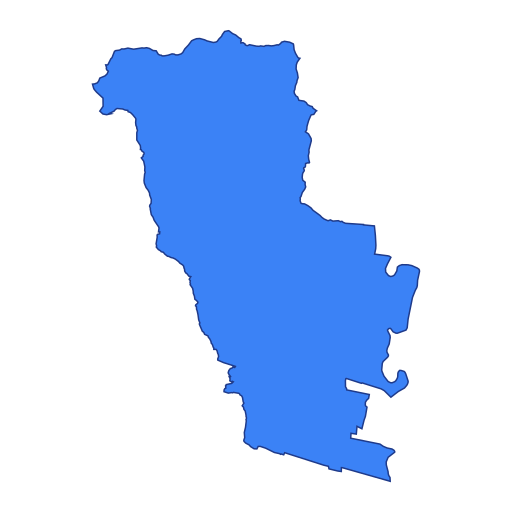 outline of Saulesti, Gorj, Romania
{"feature_id": "2599482B57041086191744", "entity_name": "Saulesti", "entity_type": "district", "adm_level": 2, "iso_a3": "ROU", "parent_name": "Romania", "parent_adm1": "Gorj", "projection": "mercator", "projection_center": [23.467, 44.815], "detail": "fine", "context": "isolated", "style": "filled", "palette": "blue", "viewbox_px": 512, "rotation_deg": 0, "n_neighbors": 0, "source": "geoboundaries", "source_scale": "gbopen_adm2", "svg_char_len": 6013}
<svg xmlns="http://www.w3.org/2000/svg" viewBox="0 0 512 512"><path d="M388.2,473.5L388.1,471.8L386.3,464.9L386.2,461.9L388.1,457.3L394.7,452.2L394.7,451.4L394.0,450.3L392.0,449.0L387.2,448.0L385.5,447.3L383.2,446.3L380.0,444.1L350.7,438.2L351.0,433.3L356.3,434.1L357.0,426.3L361.9,428.8L364.1,420.0L365.4,416.4L367.0,407.1L365.6,405.9L365.3,405.0L365.4,402.2L366.7,400.2L368.6,398.4L369.3,394.5L346.7,389.9L346.6,388.6L345.5,386.8L345.4,380.6L345.9,378.6L346.5,378.5L361.4,383.3L362.1,382.9L381.2,388.9L384.3,390.7L390.9,397.2L398.3,391.5L404.5,388.0L406.8,385.3L407.6,383.8L408.1,382.1L408.1,381.1L405.8,374.0L405.0,372.3L404.1,371.4L400.8,370.4L399.6,370.4L398.4,371.8L397.9,373.1L397.7,376.8L397.3,378.2L395.9,380.6L394.7,381.7L392.0,382.8L390.5,382.7L388.1,381.5L384.0,376.2L381.9,371.1L381.7,369.8L382.3,363.4L383.1,361.5L387.6,357.2L388.4,355.9L388.4,354.9L387.0,352.3L386.8,350.5L387.4,348.0L389.2,344.0L390.2,337.5L390.0,335.5L387.8,331.1L387.5,330.0L387.8,329.6L388.7,328.6L390.1,328.3L390.8,328.7L393.1,331.8L396.0,333.2L397.4,333.2L406.0,330.1L407.2,327.8L408.1,319.1L412.5,297.4L415.3,290.3L416.8,287.6L417.3,285.6L417.6,280.2L419.5,271.5L419.4,270.1L418.9,269.2L417.2,268.0L411.8,265.6L408.0,264.8L402.0,264.7L399.3,265.6L397.4,267.1L396.8,271.0L394.6,274.8L393.6,275.6L392.3,276.2L390.6,276.5L388.5,275.6L385.7,272.1L385.5,268.4L387.5,263.8L390.9,257.3L389.3,256.2L387.8,255.8L374.6,254.1L375.7,248.8L375.9,245.2L375.4,235.6L374.4,225.9L363.5,224.9L363.5,224.5L345.5,223.3L343.1,222.3L341.9,221.3L340.6,221.7L338.3,220.7L332.9,221.1L330.4,219.9L328.2,220.7L327.4,220.5L324.1,219.0L321.8,217.3L320.1,215.5L313.0,210.3L311.0,207.9L307.8,205.6L304.6,203.9L301.8,203.6L300.9,203.1L300.1,200.7L300.3,199.1L300.1,197.6L301.0,196.5L302.3,192.5L304.7,189.2L305.7,186.9L305.1,184.5L305.2,182.2L302.8,180.3L302.2,177.5L302.5,174.2L302.9,172.9L304.1,171.0L304.3,170.1L303.6,168.6L303.9,167.6L304.8,167.4L305.4,166.5L305.6,163.5L307.9,162.8L309.0,163.0L309.5,162.4L308.7,159.3L308.3,155.7L309.1,152.2L308.9,149.9L311.3,140.8L311.1,138.5L308.5,133.9L305.4,131.8L306.7,129.9L307.0,126.4L307.7,123.8L308.7,120.4L310.9,115.3L311.4,114.8L313.8,114.4L315.8,111.3L316.6,110.8L313.1,108.3L312.2,106.6L310.1,106.0L307.6,104.7L306.2,102.6L304.0,101.1L298.9,100.3L297.6,96.9L296.0,96.0L294.4,93.4L294.1,91.2L294.8,89.6L295.4,85.7L296.8,82.4L297.0,80.7L298.1,77.6L297.4,73.0L296.1,69.0L296.3,64.9L297.2,62.2L299.9,58.3L298.5,58.0L297.8,57.3L295.5,53.3L294.1,49.7L293.6,44.9L293.3,43.9L289.7,42.2L284.5,41.3L281.5,42.2L280.7,43.4L278.5,45.0L277.1,44.8L273.9,45.6L271.3,45.9L268.5,45.5L265.5,45.6L264.1,46.4L260.6,45.9L259.2,46.3L256.7,46.2L249.5,44.7L247.7,45.6L246.9,45.6L245.3,44.9L245.0,43.9L242.9,42.6L240.9,43.0L240.7,41.1L241.2,40.8L241.3,40.2L240.9,38.8L238.9,37.7L235.7,35.0L232.6,33.6L229.1,30.9L228.4,30.7L224.6,31.5L222.4,34.5L221.6,36.3L219.0,38.9L217.2,41.4L215.8,42.1L213.3,42.5L207.0,40.9L204.6,39.8L199.8,38.5L196.5,38.7L193.6,39.8L191.6,40.8L188.4,45.1L184.8,48.9L182.7,52.6L181.1,53.9L178.0,54.9L175.7,54.9L174.1,54.1L172.0,53.9L168.1,55.2L164.1,55.9L162.1,55.9L161.3,55.2L159.9,55.1L158.3,54.3L156.2,50.8L153.0,50.5L149.4,48.4L146.6,47.7L144.0,48.1L142.0,47.9L133.6,49.2L127.9,48.1L124.0,49.0L121.7,48.9L119.6,50.1L115.7,50.6L114.5,51.3L112.0,57.7L110.9,58.7L108.0,64.5L107.4,64.9L105.7,64.9L106.5,67.5L106.3,68.6L106.7,69.8L108.3,71.2L107.1,73.9L105.0,75.9L99.8,78.1L98.8,80.8L97.4,82.8L94.6,83.9L92.5,84.1L93.6,88.1L94.2,89.4L96.6,92.2L103.0,98.1L103.1,106.3L99.8,111.1L102.9,114.0L106.6,114.7L111.2,113.7L109.8,113.2L114.1,111.1L115.4,109.5L117.0,108.5L122.7,109.0L125.0,110.0L127.8,110.4L128.1,111.7L130.4,112.5L132.6,114.6L135.7,118.4L135.9,119.6L135.6,122.6L136.0,125.7L136.6,126.6L136.9,128.7L137.5,130.2L136.8,132.8L136.8,140.0L140.3,145.5L140.6,147.9L140.4,149.5L141.2,149.7L142.0,151.2L143.7,152.3L144.1,153.3L143.9,154.2L143.1,155.2L143.1,156.4L141.3,157.9L143.7,161.2L144.9,167.0L144.7,170.7L145.2,172.2L144.6,174.1L144.0,180.5L144.3,183.1L146.1,187.6L148.1,190.2L149.5,193.0L149.7,195.1L151.3,199.4L151.1,203.3L149.8,205.2L149.6,206.3L150.4,208.4L150.2,208.9L151.3,214.6L153.1,217.3L154.2,220.3L158.6,226.8L159.0,228.0L158.5,231.9L159.8,231.9L159.6,233.8L157.5,234.4L157.1,235.1L157.2,237.2L156.1,243.8L156.6,245.7L156.3,247.1L158.4,249.6L160.5,250.8L161.2,251.7L163.4,252.3L164.6,253.9L167.4,256.2L168.8,256.4L170.9,257.5L173.1,258.0L175.5,259.2L178.6,261.6L179.8,263.1L182.6,264.9L183.6,266.1L184.1,268.3L184.5,269.0L184.7,271.1L185.8,273.0L186.7,273.4L188.9,276.2L190.8,276.6L189.3,279.1L189.3,279.6L190.3,280.6L190.0,282.7L190.5,284.0L190.1,284.7L192.6,288.3L193.2,291.1L193.3,293.3L194.4,296.1L194.9,299.3L196.4,300.4L197.9,302.1L197.6,303.3L195.8,304.8L195.5,305.8L196.4,306.6L196.6,309.5L197.1,310.5L198.0,314.7L198.7,319.9L199.9,323.0L199.4,323.7L199.4,324.3L202.3,331.2L203.8,332.4L204.6,334.3L208.0,335.9L208.5,337.5L209.5,338.5L210.5,340.4L211.2,342.1L211.1,342.9L212.4,344.6L213.2,347.1L213.8,348.0L213.8,349.4L216.1,349.4L217.0,350.6L217.7,353.3L218.3,354.6L218.6,356.6L217.7,359.0L217.8,360.1L223.5,362.6L235.4,366.4L234.7,367.5L232.8,367.1L231.9,368.2L230.4,368.5L228.9,370.4L228.3,372.2L228.2,372.9L228.9,374.3L230.6,376.6L230.0,377.2L229.3,376.9L230.1,378.8L229.8,380.8L231.5,381.8L232.3,381.3L233.3,381.8L231.7,383.4L226.2,384.6L226.0,385.7L225.6,385.8L225.8,388.2L224.8,388.6L224.1,389.9L224.0,391.7L228.3,393.1L231.4,392.6L232.7,392.8L233.5,392.4L238.8,393.3L239.5,393.8L240.0,394.9L241.6,395.8L242.5,397.5L243.2,401.8L243.9,403.1L242.2,405.8L243.5,407.2L243.9,409.3L245.2,411.0L246.0,415.0L246.1,416.7L246.4,417.1L246.4,418.8L246.0,419.7L246.3,420.8L245.5,427.3L244.3,432.5L244.7,437.6L243.8,440.2L244.0,441.4L245.7,443.1L249.1,444.9L250.6,446.6L254.1,448.8L256.9,448.9L258.2,446.4L260.3,446.4L265.7,448.2L274.4,452.5L279.8,453.7L280.4,454.3L281.1,454.0L283.7,454.8L284.7,452.7L323.8,465.2L328.4,466.3L329.0,468.9L337.7,471.0L341.3,471.5L341.4,467.6L342.4,467.7L390.2,481.3L390.0,477.5L388.7,475.4L388.2,473.5Z" fill="#3b82f6" stroke="#1e3a8a" stroke-width="1.5"/></svg>